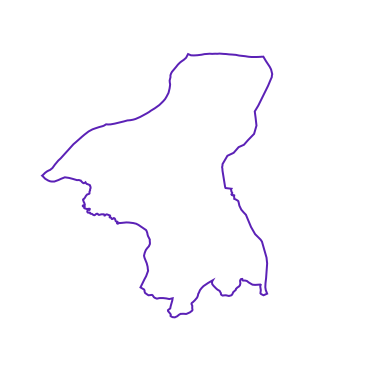 Champasack, Champasak, Laos (Natural Earth projection), rotated 243°
{"feature_id": "54806243B29706107619641", "entity_name": "Champasack", "entity_type": "district", "adm_level": 2, "iso_a3": "LAO", "parent_name": "Laos", "parent_adm1": "Champasak", "projection": "natural_earth1", "projection_center": [105.751, 14.847], "detail": "fine", "context": "isolated", "style": "outline", "palette": "violet", "viewbox_px": 384, "rotation_deg": 243, "n_neighbors": 0, "source": "geoboundaries", "source_scale": "gbopen_adm2", "svg_char_len": 5787}
<svg xmlns="http://www.w3.org/2000/svg" viewBox="0 0 384 384"><g transform="rotate(243 192 192)"><path d="M280.2,317.0L280.5,316.2L281.0,315.3L281.5,314.0L282.3,312.3L283.2,310.3L284.2,308.4L285.4,306.1L286.9,303.7L288.8,301.1L292.2,295.9L294.3,293.3L296.4,289.9L297.8,287.5L299.4,285.1L300.6,283.0L301.9,280.9L302.8,279.4L303.7,277.2L304.6,275.6L305.9,272.7L307.2,270.5L308.1,268.3L309.2,265.7L310.0,262.8L311.5,258.7L312.8,255.8L314.2,253.2L316.7,251.1L314.3,247.7L313.5,244.7L313.1,241.6L312.7,239.8L311.9,237.3L310.7,234.7L309.3,231.4L308.2,228.8L307.2,227.3L305.8,225.8L304.0,224.9L301.5,222.7L299.6,221.9L297.9,221.4L296.5,220.5L294.5,219.1L291.0,216.1L288.5,212.6L287.0,210.2L285.9,207.5L284.3,202.3L283.5,197.1L283.1,192.0L282.8,190.4L282.6,187.6L282.5,184.0L282.4,179.9L282.7,174.8L283.2,172.3L284.0,169.6L285.1,166.9L285.8,163.4L288.0,154.2L289.2,150.2L290.2,148.0L291.3,146.2L291.1,143.8L291.2,142.5L292.0,138.7L292.6,134.8L293.0,131.8L292.9,127.4L291.9,122.1L291.2,119.1L289.1,111.0L288.4,108.1L281.6,90.3L280.7,87.1L278.7,82.4L276.7,78.5L276.1,75.5L276.2,74.2L276.2,72.4L275.8,69.9L275.0,67.4L274.6,65.9L274.4,66.0L270.5,67.2L267.6,69.0L266.2,70.2L265.3,71.3L264.5,72.7L263.8,74.2L263.3,78.4L263.2,81.4L262.8,85.4L260.4,88.8L258.0,91.5L254.8,94.9L254.0,96.7L253.5,97.1L253.2,97.5L252.8,97.8L252.6,98.1L252.2,98.1L251.7,98.3L250.5,98.6L249.7,99.0L249.4,99.1L249.2,99.3L249.0,99.5L248.9,99.8L248.9,101.0L249.0,101.5L248.6,101.5L248.3,101.5L247.8,101.6L247.0,101.9L246.7,102.2L245.5,103.3L244.5,104.1L244.3,104.1L244.1,104.1L244.0,103.9L243.8,103.9L243.0,103.9L242.7,103.9L242.4,103.8L241.7,103.5L241.4,103.3L240.9,102.7L240.6,102.4L240.3,102.2L240.0,102.1L239.7,101.9L239.5,101.6L238.9,100.9L238.5,100.6L238.1,100.4L237.7,100.3L237.4,100.1L237.2,99.9L237.1,99.6L237.1,99.2L237.4,97.5L237.2,97.0L236.9,96.2L236.5,95.4L235.6,94.1L235.2,93.2L235.0,92.8L234.9,92.5L235.0,92.2L234.9,91.9L234.8,91.7L234.7,91.5L234.2,91.3L233.7,91.2L233.1,91.2L232.3,91.0L231.7,91.1L231.2,91.1L230.5,90.9L229.9,90.9L229.7,90.8L229.3,90.7L229.3,89.9L229.4,89.3L229.5,88.9L229.4,88.6L229.3,88.4L229.0,88.3L228.8,88.3L228.6,88.4L228.5,88.6L228.3,89.5L228.1,89.7L227.9,89.8L227.6,89.7L227.3,89.1L227.0,88.8L226.6,88.7L226.4,88.8L226.1,89.0L225.7,89.5L224.9,90.2L224.5,90.7L224.4,91.0L223.8,92.8L223.6,93.0L223.4,93.2L223.2,93.1L222.9,93.0L222.7,92.8L222.6,92.6L222.6,92.3L222.7,92.2L222.8,92.2L223.0,92.2L223.6,91.9L223.8,91.7L223.8,91.4L223.5,91.0L222.9,90.5L222.5,90.1L222.3,89.9L222.1,89.8L221.6,89.7L221.1,89.8L220.7,90.1L220.4,90.7L220.3,91.2L220.0,91.6L219.8,91.7L219.3,91.5L219.2,91.5L218.5,92.0L218.1,92.7L217.9,92.9L217.4,93.2L217.1,93.3L216.5,93.6L216.2,93.9L215.8,94.2L215.6,94.6L215.6,95.1L215.9,96.6L215.8,97.2L215.8,97.5L215.6,97.8L215.4,97.9L215.1,98.1L214.3,98.3L214.1,98.4L213.9,98.7L213.7,99.0L213.6,99.5L213.3,101.0L213.0,101.6L212.5,102.7L212.3,103.0L212.0,103.4L211.6,103.6L211.4,103.6L211.1,103.4L210.8,103.3L210.7,103.4L210.6,103.8L210.6,104.0L210.9,104.8L210.9,105.0L210.9,105.3L210.9,105.6L210.8,105.8L210.7,106.0L210.4,106.3L208.6,108.0L208.4,108.2L208.2,108.2L207.8,108.2L207.7,108.0L207.3,107.4L207.1,107.2L206.6,107.3L206.0,108.0L205.5,108.3L205.3,108.3L204.4,108.3L204.2,108.5L204.0,109.3L204.2,110.0L204.3,110.2L204.3,110.4L204.1,110.7L203.4,111.1L202.8,111.1L202.4,111.1L201.4,110.9L200.9,110.8L200.5,110.9L200.3,111.0L199.9,111.3L199.7,111.7L199.3,112.1L199.1,112.1L198.9,111.9L198.6,111.2L198.4,111.1L198.1,111.0L197.9,111.1L197.7,111.2L197.5,111.4L197.5,111.7L197.4,112.1L197.4,112.7L197.4,113.2L197.2,113.7L196.9,114.0L194.7,119.7L193.4,122.0L190.9,125.7L189.0,127.9L186.9,129.4L178.9,133.8L177.6,133.8L175.6,133.5L174.4,133.1L172.7,132.8L168.8,132.8L167.7,132.2L165.5,131.3L164.7,130.8L163.2,128.9L162.3,126.6L161.3,124.6L160.3,123.4L159.1,122.1L157.0,120.3L154.8,119.8L149.0,119.3L145.5,118.5L143.8,117.8L141.7,117.1L137.8,112.9L135.8,110.0L130.4,102.8L126.9,105.0L125.8,105.0L124.7,104.5L123.2,104.4L122.7,104.7L120.6,105.8L119.7,106.4L118.5,109.6L117.9,110.0L115.6,110.3L114.5,110.9L113.0,112.2L112.8,112.7L112.3,114.7L110.8,117.8L108.9,120.7L106.9,123.2L106.1,126.5L104.2,125.1L100.0,121.2L98.1,119.7L98.0,118.7L97.6,116.9L96.7,116.6L93.3,117.4L92.1,117.3L91.4,116.6L90.4,117.0L89.3,117.9L88.1,119.8L88.0,122.4L88.5,124.5L88.6,126.5L87.2,129.4L86.1,131.2L85.9,131.8L85.7,135.5L86.2,138.2L86.7,138.9L88.5,139.5L90.5,140.6L92.5,140.7L92.9,141.0L93.2,141.4L93.5,142.9L94.2,145.3L95.6,148.6L96.9,150.1L98.5,151.4L99.1,152.4L100.9,154.5L102.0,156.8L102.9,159.4L103.0,160.1L103.6,164.8L103.8,167.8L103.9,170.4L103.4,169.6L102.3,168.7L100.6,168.2L98.6,168.6L95.1,169.7L93.4,170.4L91.4,171.7L88.7,171.8L87.8,171.4L86.9,171.5L85.8,172.3L85.4,173.5L84.6,175.3L82.6,177.7L82.1,180.1L82.4,181.2L84.1,183.4L84.2,184.0L85.0,186.7L85.7,187.2L86.3,189.1L86.5,191.0L87.1,192.3L88.6,193.6L91.0,194.5L91.6,195.1L92.1,195.9L92.0,196.7L91.7,197.3L90.5,197.0L90.0,197.2L89.1,199.0L87.8,200.5L85.6,201.5L82.0,203.8L80.6,206.0L78.5,210.9L78.1,211.1L77.3,210.2L76.5,209.8L73.4,208.8L70.7,207.0L69.8,207.2L67.8,208.6L67.5,208.9L67.3,212.8L71.1,213.2L73.9,214.1L77.4,216.1L81.6,218.9L94.2,226.5L99.7,228.6L116.0,231.8L118.4,231.5L125.8,229.1L134.0,228.7L147.2,229.7L150.6,228.7L153.9,227.9L158.3,228.0L161.0,228.7L162.8,229.1L163.8,228.7L165.6,227.5L166.8,226.5L167.5,227.0L168.9,227.4L169.8,228.1L170.3,227.8L170.6,226.6L171.3,226.1L172.0,226.1L172.1,226.9L173.1,227.5L174.5,227.3L175.5,227.7L176.5,227.8L177.0,228.6L180.3,223.7L181.5,223.8L197.0,228.8L199.1,229.7L200.5,230.1L201.5,231.0L203.0,231.9L208.2,240.0L208.0,246.9L210.8,253.9L210.5,259.7L212.8,265.5L215.6,273.7L221.9,279.6L228.8,282.2L235.3,284.5L238.9,290.3L252.1,308.0L256.5,313.2L258.1,315.2L259.7,316.2L260.6,317.0L265.3,318.1L268.3,318.1L275.3,317.3L280.2,317.0Z" fill="none" stroke="#5b21b6" stroke-width="2"/></g></svg>